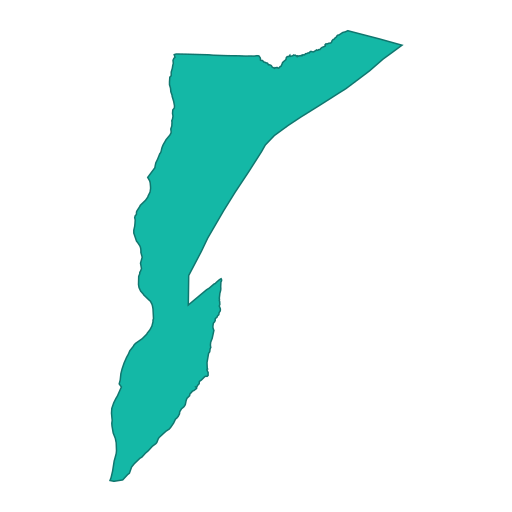 Bomongo, Équateur, Democratic Republic of the Congo
{"feature_id": "63176286B36806520086654", "entity_name": "Bomongo", "entity_type": "district", "adm_level": 2, "iso_a3": "COD", "parent_name": "Democratic Republic of the Congo", "parent_adm1": "Équateur", "projection": "albers", "projection_center": [18.302, 0.781], "detail": "fine", "context": "isolated", "style": "filled", "palette": "teal", "viewbox_px": 512, "rotation_deg": 0, "n_neighbors": 0, "source": "geoboundaries", "source_scale": "gbopen_adm2", "svg_char_len": 4735}
<svg xmlns="http://www.w3.org/2000/svg" viewBox="0 0 512 512"><path d="M176.7,418.2L178.2,416.4L179.5,413.8L179.7,411.8L181.5,408.8L183.9,406.8L184.8,405.5L185.3,404.6L186.1,400.7L186.9,398.4L189.6,395.7L189.8,394.4L190.3,393.3L191.4,392.6L191.7,392.1L192.0,391.6L192.7,391.0L193.8,390.6L196.0,388.9L196.5,388.5L196.7,388.0L195.9,387.0L196.7,387.0L197.9,385.0L199.1,383.8L199.3,382.8L199.2,381.9L199.7,381.2L201.3,380.1L204.8,376.6L205.6,376.3L207.2,376.3L208.1,375.4L208.1,372.3L207.5,371.4L206.9,369.7L207.0,369.4L207.1,369.2L207.6,369.0L207.2,367.9L207.2,367.2L207.0,362.6L208.6,353.3L209.7,351.8L210.1,348.9L210.8,347.3L210.6,346.7L210.4,344.9L210.7,342.2L212.2,338.3L213.9,330.4L213.7,330.0L213.0,328.0L212.9,326.4L212.9,326.2L213.1,324.9L213.3,323.5L213.7,322.7L214.6,321.8L215.2,320.5L215.2,318.8L215.7,318.2L216.9,317.4L217.5,315.9L218.8,314.7L219.1,312.6L220.2,311.0L220.4,309.9L220.3,308.7L220.0,307.9L219.3,306.2L219.4,305.8L219.4,305.5L219.9,304.1L219.6,302.8L219.8,302.1L219.3,300.6L219.5,299.3L219.3,298.3L219.7,294.8L219.8,293.5L220.6,290.6L220.8,288.9L220.7,286.5L220.9,282.1L221.6,280.7L221.5,279.4L221.1,278.7L219.9,279.4L219.4,279.7L216.6,282.1L215.9,282.8L215.3,283.5L214.0,284.0L208.9,288.4L208.2,288.7L208.0,288.9L206.5,289.8L188.3,305.0L188.7,275.5L201.4,251.3L207.7,238.1L223.7,210.6L235.2,192.1L248.8,171.6L261.5,151.7L265.3,145.0L274.4,135.5L288.2,125.4L301.2,116.8L310.7,110.9L319.2,105.6L338.2,93.5L346.0,88.6L369.5,70.9L383.3,58.9L390.6,53.6L402.0,45.2L379.4,38.9L347.8,30.7L345.4,31.8L343.5,32.3L342.7,32.5L339.1,34.9L337.7,35.2L337.0,35.8L336.4,37.0L335.1,37.9L333.9,39.4L333.1,39.5L332.0,40.8L331.6,42.1L330.6,43.1L328.8,43.2L327.6,43.8L325.8,43.9L325.0,44.9L325.4,45.8L325.1,46.2L322.1,47.4L320.9,48.3L319.9,49.6L318.6,49.6L318.0,50.2L317.0,50.3L316.7,49.9L315.1,50.9L313.9,51.7L313.3,51.9L312.2,51.8L311.2,51.4L310.7,51.4L309.7,52.1L309.7,52.5L309.3,52.9L308.0,52.9L307.2,53.4L306.9,53.6L305.5,53.7L304.6,54.8L303.6,54.9L303.0,54.7L302.5,55.0L302.2,55.7L301.7,55.8L301.3,55.3L300.6,55.8L299.1,55.8L298.7,56.2L297.6,55.8L297.1,56.6L296.5,55.8L295.9,55.7L295.2,55.1L294.4,55.3L293.9,55.1L293.5,55.0L293.1,55.6L292.2,55.9L290.5,56.4L290.2,56.2L289.9,55.2L288.8,56.5L287.2,56.6L286.3,57.6L286.0,59.3L285.6,59.9L283.3,61.8L283.0,62.4L282.6,62.5L282.0,64.2L281.0,66.3L280.1,66.6L279.3,67.6L279.0,67.9L278.2,68.2L277.3,67.5L276.6,67.5L276.0,67.9L275.0,67.6L274.6,68.1L274.5,68.3L272.2,67.1L271.5,65.9L271.3,65.7L270.7,65.2L269.0,64.7L268.4,64.8L267.7,63.4L267.1,63.0L265.8,62.8L264.9,62.2L263.9,62.1L262.5,60.5L260.8,60.4L260.4,60.0L260.5,58.9L260.2,57.8L259.0,56.0L258.5,55.8L256.9,55.7L254.2,56.1L250.3,56.0L245.7,56.1L238.7,55.8L228.2,55.7L213.1,55.2L208.9,54.8L187.4,54.2L177.0,54.0L176.1,54.0L175.9,54.1L174.2,54.6L175.0,57.3L173.9,58.3L173.0,60.3L173.3,63.5L172.8,65.2L172.3,68.4L171.2,72.1L171.2,75.7L169.8,77.2L169.5,81.9L169.5,84.8L170.5,88.1L170.8,91.3L170.8,91.7L172.0,95.0L172.2,96.5L173.7,101.5L174.5,105.9L174.3,108.1L172.8,109.9L172.5,113.4L173.0,116.1L172.5,119.0L171.8,120.7L172.0,122.3L171.8,126.0L170.8,129.0L171.2,132.2L170.8,133.4L169.8,135.2L166.1,139.6L164.6,142.3L163.8,143.6L163.0,145.1L162.0,147.6L161.6,149.1L161.1,151.5L160.3,153.2L159.8,153.7L157.6,159.2L155.8,162.9L155.1,166.2L154.9,167.7L147.7,177.4L149.7,180.9L150.2,182.9L150.5,186.3L150.6,188.3L150.2,191.2L150.1,192.0L148.1,196.0L147.9,196.9L145.6,200.2L140.2,205.4L139.9,206.3L137.0,210.8L136.5,212.0L136.4,214.5L135.3,215.6L134.7,217.5L135.2,220.0L135.0,223.2L134.7,226.2L133.8,230.2L133.8,233.1L136.5,241.1L137.7,242.6L139.5,245.3L140.2,246.6L140.7,248.5L140.9,250.3L140.9,252.5L142.2,257.2L140.5,263.2L141.5,268.6L140.5,271.2L139.8,272.3L139.7,273.9L138.7,276.4L138.5,284.5L139.0,287.5L139.3,288.2L140.7,291.2L143.2,294.0L143.8,295.0L149.2,300.2L150.4,301.2L151.9,304.1L152.2,304.9L152.5,306.1L153.0,308.9L153.5,318.7L153.0,320.0L153.0,321.8L152.0,325.7L152.0,325.9L150.0,329.7L147.3,333.1L146.8,334.1L142.2,338.7L138.5,341.3L135.5,343.4L133.8,345.3L133.5,346.1L129.8,350.8L128.4,354.1L126.6,357.3L126.3,358.0L124.1,363.0L122.1,368.9L120.9,373.6L120.4,378.3L120.2,380.1L119.2,383.9L121.4,387.0L117.4,396.0L116.0,398.3L113.7,402.9L111.8,408.4L111.5,413.2L112.0,418.6L112.2,420.3L111.8,423.3L112.0,426.0L113.2,433.0L115.3,438.3L115.5,439.2L115.7,440.3L116.2,442.7L116.5,450.7L116.2,453.6L114.5,459.9L114.2,460.9L112.6,471.1L111.1,477.5L110.0,480.5L113.9,481.3L121.0,480.2L122.7,479.9L127.6,474.6L129.4,473.2L131.6,467.0L134.2,463.8L134.6,463.4L140.0,458.2L141.9,457.1L145.4,453.2L148.0,451.0L149.5,449.4L152.3,446.3L155.8,443.7L156.8,442.5L158.3,438.7L159.2,437.4L163.1,433.8L166.1,431.1L168.4,429.6L169.1,429.2L170.6,427.5L173.6,423.1L175.5,419.1L176.7,418.2Z" fill="#14b8a6" stroke="#0f766e" stroke-width="1.5"/></svg>